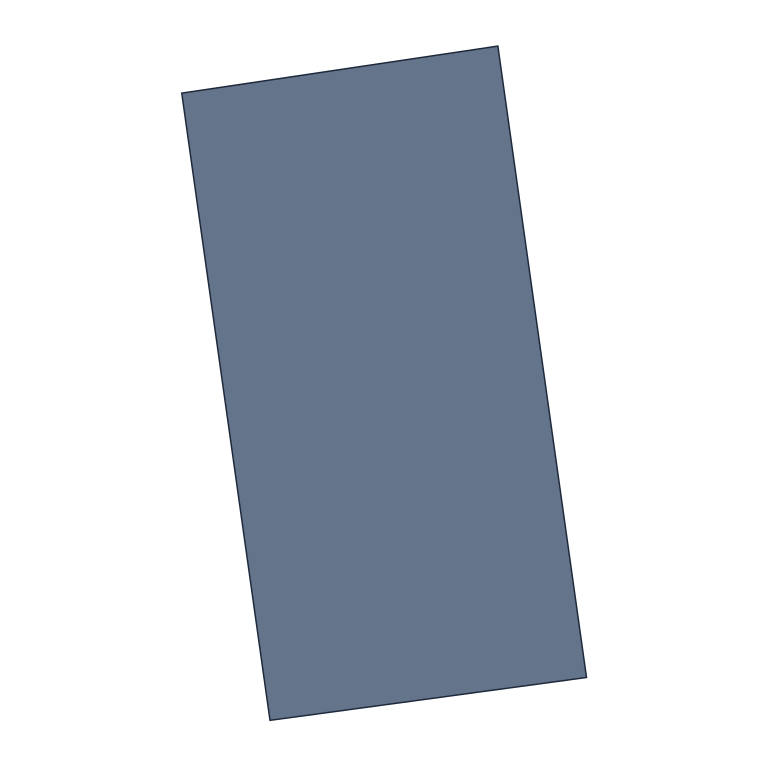 Foster, North Dakota, United States of America (orthographic projection), rotated 262°
{"feature_id": "52423323B95198922462079", "entity_name": "Foster", "entity_type": "district", "adm_level": 2, "iso_a3": "USA", "parent_name": "United States of America", "parent_adm1": "North Dakota", "projection": "orthographic", "projection_center": [-98.96, 47.457], "detail": "fine", "context": "isolated", "style": "filled", "palette": "slate", "viewbox_px": 768, "rotation_deg": 262, "n_neighbors": 0, "source": "geoboundaries", "source_scale": "gbopen_adm2", "svg_char_len": 228}
<svg xmlns="http://www.w3.org/2000/svg" viewBox="0 0 768 768"><g transform="rotate(262 384 384)"><path d="M65.2,543.7L702.8,543.8L700.2,224.2L66.8,224.3L65.2,543.7Z" fill="#64748b" stroke="#1e293b" stroke-width="1.5"/></g></svg>